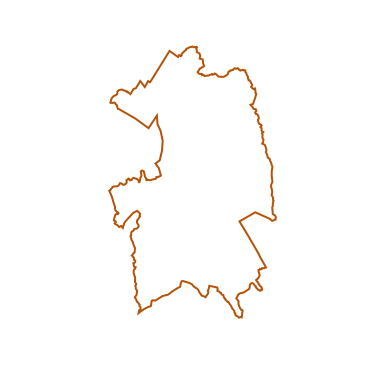 Long Khanh, Đồng Nai, Vietnam, rotated 150°
{"feature_id": "81297802B61199528191319", "entity_name": "Long Khanh", "entity_type": "district", "adm_level": 2, "iso_a3": "VNM", "parent_name": "Vietnam", "parent_adm1": "Đồng Nai", "projection": "robinson", "projection_center": [107.227, 10.939], "detail": "fine", "context": "isolated", "style": "outline", "palette": "amber", "viewbox_px": 384, "rotation_deg": 150, "n_neighbors": 0, "source": "geoboundaries", "source_scale": "gbopen_adm2", "svg_char_len": 6004}
<svg xmlns="http://www.w3.org/2000/svg" viewBox="0 0 384 384"><g transform="rotate(150 192 192)"><path d="M214.6,301.0L213.8,300.3L204.3,283.9L197.7,269.0L184.2,275.7L188.0,267.9L188.6,260.8L191.8,250.9L197.4,242.7L204.1,235.6L209.4,234.9L208.8,229.3L210.7,221.8L213.5,221.8L214.3,222.4L214.9,222.2L215.4,222.6L215.7,221.9L217.5,221.7L219.5,222.5L222.5,223.1L224.0,224.7L225.1,224.7L225.5,225.0L225.5,225.4L224.9,226.3L225.1,228.9L224.0,231.6L223.8,233.3L223.4,233.9L223.7,234.6L224.7,235.6L225.3,235.6L226.3,235.1L227.5,231.5L228.5,230.6L229.7,230.1L230.7,228.6L232.5,226.9L232.9,226.9L233.1,227.2L232.6,228.3L232.6,229.0L233.3,231.1L234.3,231.9L235.3,233.4L236.7,233.5L238.1,232.7L239.7,233.0L239.9,233.4L239.7,234.5L240.0,235.2L240.4,235.4L240.7,235.3L241.1,234.9L242.1,235.1L242.9,235.0L243.6,233.2L244.0,232.7L246.0,232.1L247.7,232.4L248.0,232.6L248.5,234.2L249.9,235.7L252.3,234.3L254.2,234.4L256.8,235.8L258.2,236.1L259.6,235.3L260.7,235.1L261.5,234.5L263.0,234.5L263.8,227.7L265.4,221.3L266.0,217.9L267.1,215.9L267.4,214.5L266.9,212.0L266.3,211.2L266.2,210.5L267.2,209.9L267.9,210.2L268.5,210.7L269.8,210.5L270.7,209.9L273.9,206.4L272.8,204.8L272.9,204.1L274.7,203.4L274.4,202.5L273.1,200.4L272.5,198.0L272.0,197.9L270.8,198.2L270.3,197.9L269.9,195.5L266.4,198.8L264.2,199.9L253.7,203.2L251.3,203.3L249.0,203.1L248.1,200.7L247.9,198.9L249.1,197.9L249.3,196.8L252.9,195.1L253.6,195.0L254.5,193.7L254.8,193.5L255.0,191.9L254.9,190.1L255.4,189.0L255.8,188.6L257.7,187.9L260.4,188.8L261.7,187.9L264.0,187.8L265.4,186.7L266.2,185.0L267.3,184.6L267.7,182.4L268.3,181.1L268.3,177.7L268.7,177.0L269.3,173.5L269.3,172.1L272.0,168.3L273.6,168.2L274.0,167.6L274.7,167.3L275.8,167.2L275.7,165.5L275.1,164.3L276.2,162.3L275.5,161.3L275.5,160.8L276.3,159.7L277.0,159.4L278.4,159.7L279.5,156.2L279.4,155.9L278.4,155.1L279.7,154.0L281.4,153.6L283.1,151.0L283.3,149.2L283.8,148.4L283.8,146.8L286.3,142.7L286.3,140.3L286.8,139.8L287.9,139.3L288.2,138.0L289.0,136.3L288.9,133.9L289.8,133.0L290.4,131.8L291.8,130.4L294.1,129.5L294.1,127.2L294.3,125.4L294.6,124.7L294.2,124.0L293.9,122.6L294.0,121.9L293.6,120.8L293.7,120.5L294.5,119.7L294.2,117.9L295.2,116.0L295.6,115.8L296.4,116.1L296.7,116.0L297.6,115.3L298.9,113.8L292.5,114.6L287.9,114.4L284.6,113.8L281.2,118.0L279.9,117.8L278.3,116.3L269.4,116.6L264.1,115.1L261.5,115.3L259.0,115.8L252.1,116.0L250.0,115.8L249.0,116.4L248.2,117.7L247.2,118.7L245.5,119.9L244.3,119.4L239.8,114.6L238.3,112.4L237.7,109.5L236.6,106.8L235.8,105.7L235.5,103.6L235.8,102.4L235.4,97.5L234.0,95.9L233.1,94.2L230.2,95.4L228.2,96.6L227.8,97.4L227.8,98.3L225.2,100.5L223.9,102.1L217.9,96.7L218.3,95.0L219.3,94.1L219.4,93.6L218.8,92.7L218.2,92.2L218.1,91.0L217.4,90.1L217.7,88.6L216.4,87.1L217.1,84.5L216.5,83.1L217.0,82.2L216.5,81.3L216.2,79.1L215.4,78.6L215.5,76.5L215.2,75.1L215.3,70.5L215.0,69.8L214.8,67.8L215.4,66.7L215.5,66.2L215.1,65.3L215.8,64.2L215.9,63.4L214.6,61.3L214.2,59.8L213.9,59.6L212.2,59.5L211.7,58.6L210.0,60.5L208.7,62.6L207.4,64.0L207.5,64.7L208.4,65.6L208.4,68.2L207.8,71.7L206.3,74.1L206.5,76.1L206.8,77.0L206.8,77.6L206.3,78.2L205.1,78.6L203.8,79.9L202.9,80.1L200.8,80.2L198.0,79.3L196.7,79.1L191.0,79.5L190.0,80.3L188.1,82.8L187.4,83.1L185.9,83.2L185.2,82.9L184.6,81.8L184.5,79.7L183.9,78.5L184.3,77.5L184.2,76.8L183.4,73.9L182.5,72.9L182.4,72.4L181.9,72.2L181.4,72.6L180.3,72.2L180.1,72.4L180.1,73.3L179.6,73.6L179.5,74.0L179.5,75.1L180.1,77.1L180.0,77.9L180.3,79.0L180.0,81.0L180.4,81.7L180.6,83.4L180.3,83.8L179.1,83.9L176.9,84.7L175.2,85.9L174.9,86.2L174.1,89.9L173.4,91.2L172.6,91.1L171.7,91.4L171.4,90.6L171.1,90.5L170.0,90.5L169.4,91.0L168.1,90.1L165.6,89.7L165.5,101.9L165.2,105.7L165.2,124.5L165.6,142.8L147.4,142.8L137.8,129.6L137.1,127.0L136.3,126.7L134.0,126.7L133.5,126.3L132.2,128.0L131.8,129.0L131.8,130.0L133.0,132.5L131.4,136.0L130.3,138.4L128.7,139.8L128.0,141.4L125.8,143.6L125.9,144.4L124.7,146.3L124.6,147.0L124.6,149.5L122.7,151.7L122.0,152.9L120.7,157.6L119.4,159.0L117.3,160.5L115.2,165.5L113.2,169.1L111.9,171.0L110.6,172.4L109.6,174.1L109.6,175.3L108.9,177.3L108.7,180.1L108.2,181.5L108.3,182.3L108.9,183.0L109.1,184.5L108.6,185.4L108.3,186.8L108.0,189.7L106.6,191.0L105.6,194.3L105.5,196.7L107.0,198.8L105.4,199.7L103.9,201.6L103.9,203.1L103.6,204.5L102.3,206.0L102.2,207.6L100.3,208.3L101.1,209.5L100.9,210.9L99.8,212.4L100.3,214.0L98.4,214.8L98.6,216.0L99.8,217.3L99.5,219.7L98.8,221.6L97.5,222.1L96.7,223.8L96.5,226.4L97.7,227.8L97.4,229.5L95.7,230.0L95.4,231.8L97.1,233.2L97.1,235.7L97.7,238.2L95.0,237.8L90.1,242.1L87.3,244.8L87.5,245.9L86.7,247.4L85.7,250.2L87.4,250.4L88.2,253.5L86.4,254.4L86.1,258.6L86.5,260.3L87.1,260.4L86.8,261.5L86.8,262.4L86.0,263.8L86.0,266.3L85.5,267.9L85.8,268.9L85.1,270.4L85.5,271.2L86.3,271.3L86.8,272.3L89.5,273.0L89.6,274.1L90.1,274.5L90.3,276.1L90.8,276.5L92.0,276.5L92.9,277.7L94.4,277.7L95.4,277.2L96.1,277.6L97.3,277.6L98.1,278.1L98.8,277.7L100.0,277.9L100.5,277.7L101.7,276.4L102.5,276.0L105.1,275.7L107.0,276.0L109.2,277.1L111.4,278.9L112.2,281.9L113.0,283.2L114.2,283.0L115.0,283.4L115.7,283.4L115.9,284.2L119.3,284.6L123.2,286.2L123.2,286.7L123.4,287.4L124.2,288.0L124.8,288.1L124.4,289.3L126.5,290.5L127.3,292.6L127.0,293.1L124.8,294.2L123.8,294.9L118.6,294.9L118.0,298.1L116.4,301.4L118.7,303.8L117.0,305.5L116.4,307.3L116.4,308.4L117.8,310.8L117.1,312.1L117.0,312.8L116.6,313.9L115.3,314.7L115.4,315.1L115.8,315.7L116.7,315.8L117.1,316.2L118.0,316.3L118.4,316.8L118.9,317.8L120.2,318.0L121.8,318.6L124.0,318.5L124.8,318.8L125.6,318.7L126.2,317.9L127.8,317.9L132.2,316.6L132.7,315.4L133.8,315.2L134.7,317.0L136.6,315.9L140.9,325.4L173.4,308.0L173.6,308.1L174.6,310.0L180.4,306.5L181.3,314.0L188.6,310.0L191.3,310.4L196.4,307.5L197.9,311.4L198.3,311.1L199.2,313.1L200.7,314.4L200.8,315.2L201.7,315.9L203.4,316.5L204.3,316.7L205.7,316.6L206.4,316.2L207.6,314.5L208.1,314.0L212.2,314.2L214.3,313.5L215.6,312.6L217.9,310.3L218.0,309.9L216.9,309.4L216.2,308.8L214.5,308.3L214.1,307.7L214.1,305.6L213.5,304.4L214.2,303.4L214.6,301.0Z" fill="none" stroke="#b45309" stroke-width="2"/></g></svg>